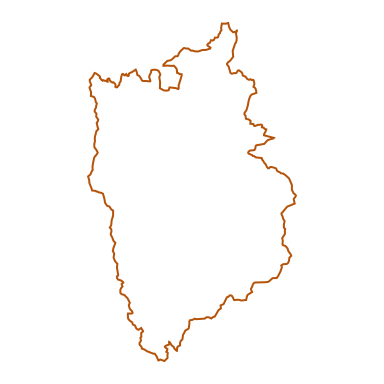 outline of Hoai An, Bình Định, Vietnam
{"feature_id": "81297802B64656263356693", "entity_name": "Hoai An", "entity_type": "district", "adm_level": 2, "iso_a3": "VNM", "parent_name": "Vietnam", "parent_adm1": "Bình Định", "projection": "mercator", "projection_center": [108.89, 14.347], "detail": "fine", "context": "isolated", "style": "outline", "palette": "amber", "viewbox_px": 384, "rotation_deg": 0, "n_neighbors": 0, "source": "geoboundaries", "source_scale": "gbopen_adm2", "svg_char_len": 5871}
<svg xmlns="http://www.w3.org/2000/svg" viewBox="0 0 384 384"><path d="M88.1,176.4L89.2,180.3L89.4,183.1L91.4,188.0L92.1,190.5L95.7,190.9L96.2,191.5L97.5,191.6L98.8,192.4L101.3,192.8L103.0,193.8L104.4,198.8L105.0,202.5L106.0,204.3L107.3,205.9L109.4,206.5L111.5,209.7L113.1,210.5L113.1,215.7L111.6,220.6L111.3,224.5L111.0,225.6L109.8,227.6L111.1,228.9L111.4,230.0L111.4,231.7L110.7,234.0L111.0,235.2L112.2,237.3L113.5,240.9L115.4,242.8L113.3,248.4L113.2,249.8L112.8,250.9L114.2,253.7L113.6,257.7L115.0,261.1L117.4,263.9L116.9,267.1L118.2,275.2L118.0,275.7L116.9,276.3L117.0,277.9L117.9,279.5L121.1,280.5L122.8,281.8L123.3,282.6L121.7,283.9L121.8,284.9L122.5,286.5L121.0,288.3L120.3,290.1L120.4,293.0L121.6,294.2L124.2,294.9L127.6,298.3L129.8,302.8L128.8,305.3L129.6,308.3L130.3,309.5L131.8,310.9L132.5,312.3L132.5,313.1L131.4,313.6L128.0,313.5L127.8,314.5L128.1,318.6L129.5,320.4L132.3,322.4L132.6,324.0L133.0,324.6L135.0,325.5L136.1,328.1L136.8,328.9L138.6,329.8L141.1,328.0L143.1,331.1L142.8,331.7L141.3,332.9L141.1,333.7L141.4,336.7L140.4,337.8L141.0,340.6L139.6,342.8L139.5,343.9L139.6,344.6L141.7,347.2L141.8,348.6L144.7,349.6L147.4,351.5L148.9,351.8L150.0,352.5L152.0,353.1L152.8,353.6L154.8,353.7L156.7,356.5L158.3,360.4L158.9,360.4L160.2,359.5L164.4,361.0L167.3,358.2L167.6,357.4L167.4,355.5L167.8,353.0L167.5,352.4L166.3,351.8L167.3,349.8L167.4,349.0L165.2,347.4L164.9,346.5L165.8,345.7L168.9,344.6L169.4,343.7L169.0,342.4L169.1,341.9L169.8,342.3L171.6,345.3L173.8,347.1L174.3,348.5L176.4,350.6L176.9,350.8L177.2,347.5L177.9,346.5L180.1,345.4L180.0,343.2L180.7,341.0L182.4,339.4L183.0,334.9L184.6,332.2L184.8,331.3L185.5,330.4L188.1,329.0L188.7,328.3L189.4,324.1L189.3,321.4L189.9,320.3L192.6,319.8L194.7,318.7L196.1,319.2L204.8,318.6L205.9,317.6L206.9,317.2L208.8,317.3L211.3,318.5L212.5,317.4L214.9,316.4L218.6,310.0L220.9,308.5L220.6,305.4L223.6,304.1L226.7,297.6L227.2,297.1L228.3,296.8L229.7,295.4L231.1,295.4L232.1,296.1L234.2,300.1L238.3,299.7L241.3,300.5L246.1,300.0L247.0,296.2L247.6,294.9L252.1,292.0L251.2,290.0L251.0,288.8L252.3,286.3L252.5,285.2L254.0,282.9L255.3,282.5L265.9,282.2L268.0,281.9L269.2,281.2L272.5,278.2L276.7,278.0L278.2,275.9L280.5,271.4L281.9,267.3L281.3,265.5L283.2,264.2L286.4,264.0L287.5,263.5L288.3,262.6L289.0,260.7L289.4,257.7L291.2,255.9L290.8,254.5L288.3,251.0L287.6,248.6L286.9,247.6L285.5,246.0L283.0,245.2L282.5,244.4L282.8,240.8L282.2,238.2L284.9,234.0L284.9,230.2L285.2,229.0L284.1,228.0L283.9,227.3L283.9,224.5L284.6,221.0L283.3,219.1L282.5,216.3L281.5,214.3L281.5,213.2L283.0,211.7L287.1,206.7L294.7,203.6L293.8,199.8L293.8,198.8L295.4,196.8L295.9,195.5L295.3,194.6L293.6,193.3L291.9,189.8L291.9,185.1L289.1,178.5L285.9,175.5L283.3,173.6L281.0,173.3L280.0,172.4L277.5,171.2L276.9,170.5L276.2,168.6L274.6,167.8L271.0,166.9L270.0,167.2L269.1,168.2L268.1,168.3L266.8,166.8L266.0,164.7L264.3,162.8L263.0,160.5L262.1,159.7L261.9,158.3L261.6,158.0L255.9,157.4L254.1,156.1L252.9,156.0L252.2,155.1L249.0,153.8L248.2,153.0L248.2,152.5L248.6,151.6L249.9,150.6L254.4,150.1L255.3,148.5L255.6,146.3L256.3,145.3L264.2,143.9L267.2,140.6L268.2,139.9L273.5,138.4L273.9,137.9L264.0,135.3L264.0,134.3L265.6,131.4L266.3,129.4L264.5,128.8L263.6,127.6L261.9,127.3L262.2,125.4L261.7,124.9L261.3,124.6L258.2,124.8L254.9,126.0L254.2,125.9L253.4,124.1L250.3,123.7L250.6,120.8L248.6,119.4L246.2,118.9L245.9,118.6L245.5,115.7L244.4,114.3L244.5,112.9L246.4,110.3L247.9,105.2L248.7,100.5L249.8,97.2L250.9,95.2L252.0,94.4L256.4,92.9L256.3,91.4L255.5,88.6L254.7,87.6L253.5,86.9L254.4,83.7L253.8,80.7L253.3,79.9L251.8,80.1L250.6,79.2L249.1,79.8L247.4,79.1L245.4,76.5L243.1,75.7L242.7,75.2L242.3,73.3L241.5,72.2L239.1,70.4L238.0,70.5L236.4,72.9L235.9,73.1L234.1,73.1L231.8,73.7L231.0,73.4L230.4,72.7L228.6,66.5L227.1,64.6L227.0,63.8L228.1,62.2L229.6,61.2L230.9,59.8L233.2,56.7L232.7,50.9L235.0,43.9L236.0,42.4L236.6,40.3L236.7,37.5L235.9,33.2L237.0,30.8L236.9,30.6L235.8,31.6L234.7,32.0L233.1,32.2L230.8,30.1L230.0,29.0L229.1,26.9L228.2,23.0L225.6,23.7L221.9,23.6L221.1,28.0L221.5,30.1L220.3,31.7L220.0,33.2L218.8,34.3L218.1,37.1L217.1,37.6L215.0,37.6L214.1,39.6L213.1,40.5L211.0,40.2L210.0,42.6L208.0,43.8L207.3,44.9L207.5,45.6L210.5,47.7L210.1,48.6L206.0,49.9L202.3,50.0L198.5,51.4L195.2,51.4L192.1,50.5L191.2,50.7L188.1,48.5L185.7,48.5L184.4,48.0L183.7,48.1L180.4,51.2L178.8,53.5L178.1,55.6L177.5,56.2L175.2,56.3L172.2,59.2L170.5,60.3L167.3,60.9L163.5,64.6L163.4,65.8L167.7,65.6L171.2,65.9L173.9,65.7L175.8,67.8L176.8,69.3L177.1,72.9L178.6,73.2L179.4,74.1L181.6,74.2L181.7,75.5L178.6,85.6L178.7,88.3L178.3,89.0L175.5,88.1L169.9,87.4L169.5,87.5L168.7,90.2L167.5,90.5L165.4,90.6L163.6,90.3L159.9,88.2L160.1,82.2L159.3,77.4L159.4,76.6L160.2,75.0L160.2,74.0L158.5,70.8L156.2,69.8L153.8,69.7L151.4,70.2L150.9,72.6L149.3,75.9L149.3,77.6L150.3,80.5L150.3,81.2L150.0,81.4L146.0,81.0L143.3,81.0L142.2,80.7L139.8,76.6L138.8,75.6L137.4,75.1L136.8,72.2L135.7,69.6L132.3,71.9L129.3,73.3L128.9,73.9L128.7,75.7L128.3,76.0L127.4,75.9L126.2,74.1L124.8,75.4L124.1,75.1L123.3,74.1L122.4,74.0L122.0,74.5L121.3,76.7L120.6,81.4L119.5,82.9L119.2,85.0L118.0,86.1L117.3,87.2L116.5,87.4L115.4,86.9L115.5,85.0L115.2,84.0L113.5,82.3L112.3,82.6L111.6,81.8L110.6,81.5L109.6,79.9L109.3,78.6L108.3,78.5L107.4,79.3L107.7,81.7L107.2,81.7L106.4,80.7L105.2,80.9L103.6,80.3L102.7,80.7L102.5,80.1L101.6,80.0L100.6,78.5L99.9,78.1L100.0,76.6L99.7,76.2L96.3,73.6L94.6,73.0L92.5,76.9L89.7,79.8L89.8,81.3L91.2,85.0L91.2,85.4L89.7,87.0L89.5,87.8L91.1,92.2L90.9,96.0L93.9,96.9L95.0,98.5L95.9,102.3L96.8,103.2L95.9,107.7L94.8,109.9L94.6,110.8L94.9,111.9L96.4,113.6L96.2,116.7L98.2,119.5L98.0,120.9L96.7,123.0L97.7,127.4L98.3,128.9L98.2,129.4L96.4,131.1L94.8,137.4L94.9,141.6L94.3,143.8L94.3,146.1L94.5,147.5L96.3,149.8L97.7,152.5L97.5,153.2L96.1,155.2L94.7,156.7L94.1,158.1L92.8,164.3L92.5,167.5L92.7,170.1L91.7,171.4L90.5,174.4L88.1,176.4Z" fill="none" stroke="#b45309" stroke-width="2"/></svg>